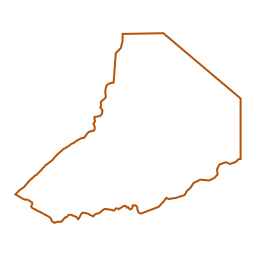 Nkue, Kié-Ntem, Equatorial Guinea
{"feature_id": "11065452B3926826010895", "entity_name": "Nkue", "entity_type": "district", "adm_level": 2, "iso_a3": "GNQ", "parent_name": "Equatorial Guinea", "parent_adm1": "Kié-Ntem", "projection": "orthographic", "projection_center": [10.46, 2.021], "detail": "fine", "context": "isolated", "style": "outline", "palette": "amber", "viewbox_px": 256, "rotation_deg": 0, "n_neighbors": 0, "source": "geoboundaries", "source_scale": "gbopen_adm2", "svg_char_len": 4163}
<svg xmlns="http://www.w3.org/2000/svg" viewBox="0 0 256 256"><path d="M240.6,159.0L240.6,130.0L240.6,128.4L240.6,98.5L205.8,69.1L205.3,68.7L163.3,33.2L124.5,33.9L122.7,33.9L122.5,41.5L120.7,48.2L115.8,53.1L113.6,82.6L112.3,82.8L112.2,82.8L110.9,83.0L108.7,83.9L106.9,85.1L106.2,86.6L105.6,88.8L105.3,91.4L105.3,92.6L105.5,94.2L105.8,95.2L105.8,95.6L105.8,95.9L105.6,97.3L105.5,97.5L105.3,97.8L105.2,98.0L103.8,99.4L103.7,99.4L103.6,99.5L101.3,101.3L100.9,102.0L100.9,103.5L101.0,105.4L100.9,105.7L100.9,106.0L100.4,107.1L100.3,107.3L100.3,107.5L100.5,107.7L100.8,108.0L102.1,109.9L102.1,110.0L102.3,110.4L102.4,110.7L102.3,110.8L102.4,111.0L102.2,112.2L102.2,112.4L102.2,112.6L101.5,114.6L101.3,114.8L101.2,115.1L101.0,115.3L100.8,115.4L100.5,115.6L98.2,116.4L97.8,116.5L96.7,116.6L95.1,116.8L94.6,116.9L94.5,117.6L94.6,119.4L94.9,120.7L94.9,121.0L95.0,121.2L94.9,121.4L94.9,121.5L94.7,122.0L94.0,123.0L93.9,123.1L93.3,123.7L93.3,123.8L94.0,125.0L94.2,125.3L94.7,126.8L94.7,127.1L94.7,127.4L94.6,129.3L94.5,129.5L94.4,129.9L94.3,130.1L94.2,130.2L94.1,130.4L93.9,130.5L93.7,130.6L93.4,130.7L91.4,131.2L91.2,131.3L90.0,131.4L88.9,131.9L87.7,132.9L87.1,133.6L86.4,134.7L86.3,134.8L86.3,135.0L85.5,135.9L84.6,137.3L84.3,137.5L84.1,137.7L84.0,137.8L83.7,137.9L83.4,138.0L82.1,138.1L81.0,138.3L79.9,139.0L79.7,139.1L78.2,139.8L76.9,140.6L76.0,141.2L74.3,142.6L74.1,142.6L74.0,142.8L71.8,143.7L70.7,144.4L69.7,145.3L67.9,146.5L66.4,147.4L65.1,148.2L65.0,148.3L64.9,148.3L63.1,149.2L62.1,150.4L62.0,150.5L61.9,150.6L60.1,152.0L57.6,154.2L54.8,157.2L53.5,158.9L53.4,159.0L52.0,160.4L51.9,160.5L49.9,162.1L46.7,164.4L45.3,165.5L44.2,166.9L44.0,167.1L43.9,167.3L42.6,168.2L41.6,169.8L41.4,170.0L38.4,172.8L37.3,174.2L37.0,174.4L36.8,174.6L35.3,175.4L32.8,177.7L30.2,179.9L23.8,187.3L23.5,187.5L23.3,187.7L21.4,188.7L18.6,191.1L15.4,194.4L23.8,199.3L24.3,199.4L24.5,199.4L25.5,199.7L26.6,199.6L27.0,199.7L27.4,199.7L28.7,200.3L28.9,200.4L29.9,201.1L31.0,201.7L31.2,201.9L31.5,202.0L32.0,202.6L32.1,202.8L32.2,203.1L32.3,203.4L32.3,203.5L32.3,203.9L32.3,204.2L32.2,204.3L31.2,206.4L31.3,206.9L31.6,207.4L32.9,208.4L34.9,209.2L35.0,209.3L37.4,210.7L40.3,212.1L40.5,212.1L44.3,214.3L46.0,215.1L49.3,217.0L49.5,217.1L50.8,218.4L50.9,218.5L51.0,218.8L51.2,219.1L51.5,220.4L51.9,221.2L52.8,221.8L54.0,222.4L54.0,222.5L54.6,222.8L55.6,222.4L57.9,221.8L58.0,221.7L58.3,221.8L58.7,221.8L58.8,221.8L59.2,221.9L59.7,221.9L60.6,221.6L60.8,221.6L61.0,221.5L62.0,221.4L62.1,221.2L62.9,219.9L63.0,219.7L65.2,217.5L65.3,217.5L65.3,217.4L65.6,217.3L65.9,217.1L66.0,217.1L66.9,216.9L67.5,216.3L68.2,215.4L68.4,215.2L68.6,215.0L68.8,214.9L69.1,214.8L69.4,214.8L70.8,214.7L71.1,214.8L71.5,214.9L72.9,215.6L74.9,216.3L75.0,216.4L76.4,217.1L76.7,217.4L77.0,217.6L77.7,218.8L78.0,219.2L78.3,219.1L79.1,218.0L80.2,215.8L81.3,214.0L81.4,213.9L81.9,213.2L82.3,213.0L82.6,212.7L83.0,212.7L83.4,212.7L86.1,213.2L87.9,213.6L88.0,213.7L88.2,213.8L89.2,214.3L89.5,214.6L89.7,214.8L89.8,214.9L90.7,215.2L90.9,215.3L91.0,215.3L91.8,215.7L92.4,216.1L93.3,216.3L93.5,216.4L93.7,216.0L93.8,215.8L93.9,215.6L94.7,214.7L94.9,214.6L95.1,214.4L96.5,213.7L96.8,213.6L97.1,213.5L98.9,213.3L99.7,212.7L102.8,210.1L103.0,210.0L103.1,209.9L104.4,209.2L104.5,209.2L104.8,209.1L105.2,209.0L105.3,209.0L107.0,209.1L107.4,209.2L108.8,209.6L110.4,209.6L110.6,209.7L110.9,209.7L112.2,210.1L112.3,210.1L113.3,210.5L114.1,210.5L114.6,210.0L115.0,209.5L115.1,209.4L115.6,208.9L115.9,208.7L116.3,208.5L116.3,208.4L116.7,208.4L117.1,208.4L118.1,208.7L118.5,208.9L118.8,209.1L123.8,206.0L124.5,205.7L126.0,206.2L126.9,207.6L127.7,207.3L128.1,207.2L128.7,207.9L129.3,208.7L129.8,209.3L130.6,209.3L131.6,208.8L132.1,208.1L132.6,206.7L132.7,205.6L133.0,205.6L134.2,205.3L134.9,205.2L136.4,206.0L137.4,207.6L137.3,208.7L137.9,211.2L138.5,212.2L139.4,213.1L140.3,213.4L141.1,213.4L141.9,213.3L142.7,212.9L144.6,212.2L158.7,206.8L163.4,201.7L166.4,197.9L168.7,199.0L176.1,197.9L182.6,195.7L182.8,195.6L184.6,195.0L187.2,190.6L190.3,188.0L193.7,182.9L200.4,179.6L209.1,180.5L214.3,178.0L217.6,174.5L217.0,169.4L219.4,164.5L225.8,162.2L229.9,164.0L235.7,162.0L238.6,159.1L240.6,159.0Z" fill="none" stroke="#b45309" stroke-width="2"/></svg>